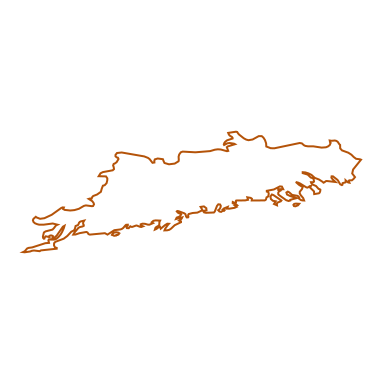 Uusimaa, Robinson projection
{"feature_id": "FIN-3193", "entity_name": "Uusimaa", "entity_type": "Province", "adm_level": 1, "iso_a3": "FIN", "parent_name": "Finland", "parent_adm1": "", "projection": "robinson", "projection_center": [24.756, 60.321], "detail": "fine", "context": "isolated", "style": "outline", "palette": "amber", "viewbox_px": 384, "rotation_deg": 0, "n_neighbors": 0, "source": "natural_earth", "source_scale": "10m", "svg_char_len": 6002}
<svg xmlns="http://www.w3.org/2000/svg" viewBox="0 0 384 384"><path d="M361.0,159.7L353.1,169.5L352.2,173.5L355.0,177.1L353.5,179.0L351.9,180.3L349.3,180.3L348.7,180.9L349.4,182.7L348.3,182.5L347.4,182.0L345.6,180.3L345.7,181.7L345.4,182.4L342.7,183.1L342.4,184.8L341.9,185.1L340.2,184.3L337.9,180.4L337.0,179.5L332.9,176.3L331.6,176.3L331.4,177.7L332.7,179.4L335.5,182.0L326.8,181.0L326.0,181.1L324.2,182.4L323.5,182.7L322.7,181.9L319.0,179.5L314.8,177.9L311.5,174.9L308.5,173.4L305.3,172.4L302.7,172.2L302.7,173.1L307.7,174.6L310.7,177.5L313.0,178.3L313.7,179.4L314.0,181.6L313.3,182.2L311.0,182.2L311.5,183.6L312.5,184.5L316.0,186.0L318.6,188.9L319.8,189.2L320.4,189.8L320.2,191.2L319.7,192.6L318.9,193.3L314.2,194.1L314.0,191.4L310.1,187.6L310.9,186.0L309.8,186.1L308.3,187.2L307.5,187.6L306.4,187.4L300.1,183.5L298.1,182.6L295.8,182.0L299.1,184.9L301.1,186.1L302.8,186.8L301.9,189.2L299.8,191.7L299.7,193.3L300.6,195.0L303.2,198.1L304.1,200.5L302.2,200.4L300.8,200.0L298.4,198.1L299.1,197.3L297.7,195.9L292.1,194.9L289.3,192.4L287.8,191.6L286.4,192.5L287.0,194.5L290.3,196.1L296.6,198.1L290.3,199.8L290.3,200.5L288.6,201.0L286.2,200.2L278.8,194.9L278.2,194.1L278.3,192.5L279.0,191.4L280.1,190.8L278.2,190.0L278.2,189.2L283.2,189.2L281.9,186.6L279.9,186.4L273.8,189.5L266.8,190.8L266.8,191.6L268.2,192.1L268.7,193.3L268.6,194.9L268.1,196.5L266.5,197.4L266.0,199.4L265.5,200.0L264.7,200.4L251.7,200.5L251.9,198.7L250.7,197.9L247.3,197.3L248.0,199.8L245.1,200.4L236.6,200.5L236.1,200.6L235.9,201.1L236.0,202.5L235.5,203.1L232.8,202.0L232.7,203.0L236.0,204.3L237.2,205.3L236.3,205.7L235.1,205.7L236.6,206.9L234.7,207.8L229.2,208.7L227.1,208.6L227.7,206.9L223.8,208.5L222.8,209.5L224.6,210.2L224.0,210.9L222.6,210.9L221.1,211.9L219.4,211.5L218.2,210.2L219.4,209.3L220.4,207.7L220.8,205.9L220.1,204.5L218.3,204.3L217.0,205.9L214.8,211.5L213.9,212.5L206.0,212.8L204.1,212.4L203.1,211.0L206.5,210.3L206.3,208.2L203.9,206.4L200.6,206.9L202.5,210.2L197.4,212.6L192.6,213.0L188.8,214.0L188.3,214.6L188.1,215.4L188.4,216.9L188.0,217.4L186.7,217.4L186.1,216.4L185.4,214.1L184.3,213.3L178.6,211.2L177.3,211.0L176.8,211.4L177.8,212.6L179.3,213.4L180.6,213.8L181.2,214.4L180.3,215.8L179.2,216.7L176.7,217.6L176.0,219.0L182.2,217.4L181.7,218.5L181.0,219.3L179.1,220.6L181.0,221.5L181.0,222.2L174.7,225.2L171.1,228.6L169.3,229.8L167.2,230.3L164.5,230.4L165.2,228.7L167.9,224.9L168.9,223.8L167.3,223.7L164.9,225.2L160.7,228.7L160.0,226.7L158.4,227.4L156.5,228.9L154.9,229.6L155.5,227.7L156.6,226.8L157.9,226.2L159.1,225.1L159.3,224.3L159.4,222.0L160.1,220.6L155.6,220.4L153.4,220.8L151.8,222.2L153.1,223.1L149.4,224.7L148.1,224.7L144.9,223.8L142.4,223.7L140.7,224.3L140.7,225.3L143.0,226.3L141.2,227.0L139.7,226.7L136.7,225.5L135.9,225.6L132.3,226.9L131.4,226.9L130.3,226.3L128.7,228.2L126.9,228.1L126.3,226.9L127.8,225.5L127.8,224.7L126.1,224.8L125.2,225.6L123.3,227.9L121.9,228.9L120.6,229.4L114.3,230.2L107.5,234.6L104.9,233.2L89.8,234.6L88.5,234.1L87.6,232.6L86.6,232.0L85.5,232.1L79.4,233.2L75.5,234.5L73.3,234.6L74.3,232.8L78.3,228.0L79.7,227.1L82.4,226.5L83.7,225.9L83.8,225.1L83.2,224.0L83.1,223.0L83.4,221.9L84.2,220.6L80.8,221.4L79.8,221.9L79.0,222.8L78.6,224.0L77.9,225.1L75.6,226.0L74.9,228.7L74.3,230.0L73.4,230.7L71.3,231.7L67.3,236.0L63.7,238.7L55.4,241.8L54.1,243.2L54.0,245.4L55.0,247.4L56.7,247.9L56.7,248.7L40.9,250.4L39.7,251.2L34.0,250.5L31.9,250.8L30.1,251.5L24.6,252.3L23.0,252.1L24.7,251.3L27.1,248.5L28.5,247.9L32.2,247.4L45.3,243.2L49.0,242.9L48.4,240.3L48.9,239.4L51.0,239.6L54.1,239.6L56.4,238.8L58.4,237.1L60.7,234.4L62.2,231.8L63.8,228.2L64.5,225.8L62.9,226.7L56.7,235.6L54.2,237.9L52.4,237.9L53.0,236.2L52.0,235.6L51.0,235.4L50.0,235.6L49.1,236.2L49.4,237.1L45.8,236.3L44.7,237.4L44.4,238.6L43.8,238.7L43.1,237.9L42.9,236.6L43.9,232.5L45.5,231.4L52.5,229.6L53.8,228.3L56.0,225.4L57.5,224.7L52.7,223.5L43.5,224.7L39.2,224.7L37.0,224.1L35.0,223.3L33.5,222.0L32.9,220.2L33.5,218.8L35.8,216.8L36.5,217.4L40.1,218.8L44.4,218.2L51.7,214.8L61.2,208.0L62.6,207.4L63.8,207.5L63.1,209.0L64.7,209.9L70.2,210.5L74.4,210.1L78.9,208.8L83.9,205.9L85.9,205.4L92.0,206.2L93.1,206.0L94.0,204.3L93.6,203.0L92.3,201.2L88.7,198.9L90.0,198.5L91.7,198.5L92.2,197.1L93.2,196.0L97.1,194.5L100.9,191.8L101.7,188.8L102.9,185.7L104.7,185.2L106.6,183.1L107.3,180.1L107.3,178.3L106.0,176.4L98.7,176.2L100.5,173.3L102.9,172.1L112.7,170.3L114.0,169.1L113.7,167.1L113.1,165.5L113.7,163.9L114.8,163.5L116.6,162.2L118.5,159.0L117.9,157.7L116.7,157.4L115.5,156.3L115.5,154.9L117.0,153.0L121.7,152.5L144.2,156.4L148.0,157.9L149.6,159.1L152.5,162.8L154.4,162.5L154.3,160.9L154.8,159.4L157.7,158.5L162.9,159.2L163.7,161.4L164.5,163.0L169.0,164.3L174.7,163.6L178.5,161.3L178.8,160.0L178.6,156.7L179.2,154.5L180.8,152.3L182.7,151.6L195.4,152.3L210.1,151.1L214.9,149.7L217.8,149.3L220.8,149.5L227.0,151.2L228.2,150.9L226.8,147.2L227.8,146.4L235.0,144.2L234.1,143.7L229.6,143.0L227.4,143.3L224.1,145.0L223.8,144.5L224.3,143.0L225.2,141.8L227.1,140.3L232.6,138.5L232.6,137.9L232.0,137.0L229.9,135.7L228.9,134.6L228.2,132.9L236.0,131.7L237.2,132.0L238.0,133.3L239.0,134.5L243.8,138.3L246.2,139.6L248.5,140.2L252.6,139.5L258.8,136.1L261.7,136.1L263.4,137.6L265.0,140.1L266.1,143.3L266.3,146.5L270.7,148.2L274.3,148.3L299.7,143.0L301.9,143.4L303.9,145.2L305.3,145.9L307.8,146.3L313.1,146.3L321.6,147.6L325.9,147.3L327.9,146.5L329.7,145.1L330.6,143.0L330.2,142.8L329.7,140.5L331.6,140.8L334.8,140.5L336.4,140.9L337.7,141.8L339.4,144.3L340.1,144.9L340.2,148.4L342.0,150.4L348.3,152.7L351.4,154.7L353.7,157.0L356.1,158.8L360.0,159.3L361.0,159.7ZM275.7,201.3L272.9,200.8L270.9,199.0L270.4,196.6L271.9,194.5L273.5,195.1L281.4,200.5L280.8,201.3L277.7,202.5L276.8,203.6L277.0,205.3L274.0,204.0L275.7,201.3ZM118.2,232.6L119.0,233.1L118.6,233.3L118.7,234.3L117.6,235.0L116.4,234.9L116.2,235.5L114.1,235.8L112.7,235.0L112.2,235.1L111.9,234.9L112.5,233.9L114.0,232.6L116.1,232.2L118.2,232.6ZM293.4,204.9L294.2,203.9L295.9,203.6L299.2,203.8L298.0,205.3L295.4,206.3L294.0,206.1L293.4,204.9Z" fill="none" stroke="#b45309" stroke-width="2"/></svg>